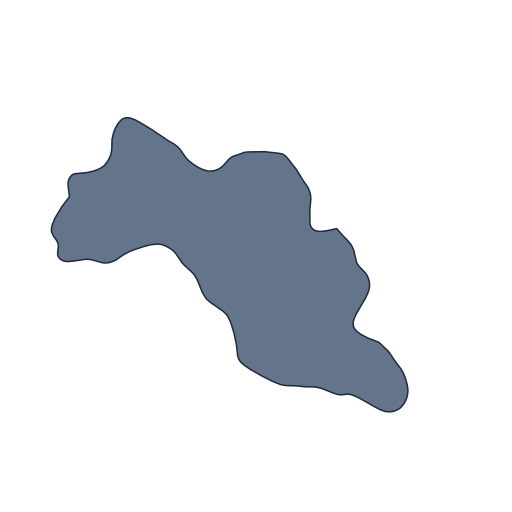 outline of Los Alcarrizos, Santo Domingo, Dominican Republic, rotated 209°
{"feature_id": "3306468B82844411676159", "entity_name": "Los Alcarrizos", "entity_type": "district", "adm_level": 2, "iso_a3": "DOM", "parent_name": "Dominican Republic", "parent_adm1": "Santo Domingo", "projection": "albers", "projection_center": [-70.036, 18.529], "detail": "fine", "context": "isolated", "style": "filled", "palette": "slate", "viewbox_px": 512, "rotation_deg": 209, "n_neighbors": 0, "source": "geoboundaries", "source_scale": "gbopen_adm2", "svg_char_len": 2419}
<svg xmlns="http://www.w3.org/2000/svg" viewBox="0 0 512 512"><g transform="rotate(209 256 256)"><path d="M447.9,217.4L449.7,205.2L450.2,191.7L449.3,184.2L447.8,179.8L446.4,177.9L443.1,175.4L437.9,172.9L435.0,170.8L433.1,167.7L431.0,162.5L430.1,161.0L428.8,159.7L427.1,158.8L425.3,158.2L421.4,158.4L418.0,159.8L413.1,163.1L403.5,170.5L399.1,172.7L387.2,175.6L385.2,176.4L381.7,178.6L378.8,181.5L376.4,184.8L372.8,192.4L369.2,198.0L364.9,203.3L358.5,210.1L353.5,214.8L348.0,218.7L343.7,220.4L339.3,221.0L334.8,221.0L330.4,220.3L326.4,218.8L317.4,214.2L313.2,212.9L304.7,210.9L300.5,209.5L295.1,206.1L285.3,198.2L279.9,195.0L277.7,194.2L273.4,193.3L257.8,191.7L253.5,190.5L251.4,189.5L245.8,185.6L237.6,177.6L230.1,168.9L224.1,160.4L221.6,157.8L219.7,156.6L217.7,155.7L213.1,154.7L205.5,154.1L192.3,153.9L181.6,154.3L173.8,155.2L171.3,155.7L167.0,157.2L157.9,161.9L149.9,165.3L142.6,169.2L138.9,170.8L134.2,172.0L122.5,173.5L118.1,174.3L114.4,175.7L109.1,179.5L105.4,180.9L101.2,181.5L96.6,181.8L79.7,181.6L72.5,181.8L67.9,182.6L65.6,183.4L62.0,185.5L58.9,188.4L56.6,192.0L55.8,194.1L55.0,198.5L55.0,203.0L55.9,207.4L57.7,211.7L60.4,215.6L63.5,219.0L66.9,222.3L70.6,225.2L74.6,227.6L82.6,231.1L93.6,236.7L106.6,240.1L118.6,238.5L126.0,238.3L130.7,238.9L132.9,239.5L135.0,240.5L136.8,241.9L138.2,243.8L139.1,245.8L140.0,250.2L140.2,254.9L139.8,272.5L140.5,280.0L142.0,284.7L144.7,288.8L148.3,292.1L150.4,293.4L152.6,294.4L161.1,297.0L164.8,299.0L172.7,307.8L176.4,310.8L178.5,312.0L182.6,313.7L191.4,316.4L198.7,319.1L206.5,312.3L211.3,308.8L214.8,307.3L216.7,307.0L218.7,307.0L220.6,307.5L222.4,308.4L223.8,309.7L224.9,311.1L231.4,322.7L235.6,332.3L237.9,335.8L240.7,338.8L244.0,341.3L251.8,345.1L262.5,351.2L277.2,357.4L280.8,358.1L282.7,357.9L286.1,356.8L299.1,351.4L313.0,343.4L316.1,341.3L325.0,331.3L326.5,328.0L328.7,318.3L330.4,314.6L333.0,311.3L334.5,309.9L338.0,307.6L340.1,306.8L344.5,305.8L349.0,305.5L355.8,305.9L360.3,306.6L364.6,307.8L373.7,312.3L377.7,313.6L382.0,314.2L388.4,314.3L408.2,316.0L420.5,316.5L427.5,316.5L431.9,315.9L434.0,315.3L435.9,314.4L437.7,313.1L439.1,311.2L440.0,309.2L440.9,304.9L441.0,300.2L440.5,295.5L438.6,288.5L433.9,279.5L432.4,275.5L431.7,271.1L431.7,266.7L432.4,262.2L433.1,260.1L434.2,258.0L436.8,254.3L439.9,250.9L445.0,246.5L454.5,240.0L455.7,238.6L456.5,236.9L457.0,233.1L456.1,229.4L454.2,226.0L447.9,217.4Z" fill="#64748b" stroke="#1e293b" stroke-width="1.5"/></g></svg>